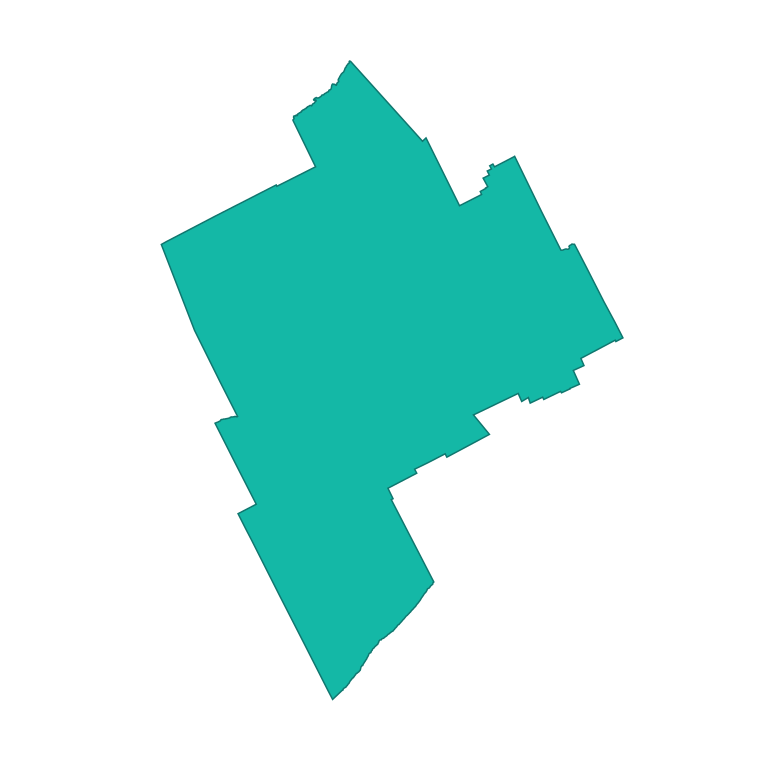 the district of Luján, Buenos Aires, Argentina, rotated 5°
{"feature_id": "61730980B60632601419482", "entity_name": "Luján", "entity_type": "district", "adm_level": 2, "iso_a3": "ARG", "parent_name": "Argentina", "parent_adm1": "Buenos Aires", "projection": "orthographic", "projection_center": [-59.164, -34.589], "detail": "fine", "context": "isolated", "style": "filled", "palette": "teal", "viewbox_px": 768, "rotation_deg": 5, "n_neighbors": 0, "source": "geoboundaries", "source_scale": "gbopen_adm2", "svg_char_len": 6075}
<svg xmlns="http://www.w3.org/2000/svg" viewBox="0 0 768 768"><g transform="rotate(5 384 384)"><path d="M608.8,302.5L596.0,283.0L575.9,250.8L561.6,228.2L561.3,228.3L559.0,228.2L558.7,228.6L558.4,228.9L557.1,229.7L556.7,230.0L556.3,230.7L556.3,231.0L556.5,231.3L556.9,231.8L556.9,232.4L556.6,233.0L556.2,233.3L555.9,233.6L555.5,233.7L554.9,233.8L554.0,233.6L553.1,233.7L551.1,234.6L550.5,235.0L550.1,235.1L548.6,235.3L525.9,198.5L494.3,145.8L493.8,146.2L475.2,158.0L473.3,155.4L470.3,157.4L472.3,160.4L468.3,162.8L470.7,166.7L464.8,170.3L470.2,178.4L468.1,179.9L468.3,180.3L463.1,183.8L464.7,186.7L443.7,199.8L404.4,135.2L401.2,138.8L322.8,65.7L322.5,65.5L321.9,65.3L321.5,65.3L321.3,65.6L321.2,66.0L321.4,66.3L321.5,66.8L321.5,67.1L321.3,67.4L320.9,67.6L320.6,67.7L320.3,68.1L320.0,68.8L319.5,69.5L319.0,70.2L318.7,70.9L318.6,71.5L318.4,71.9L317.9,72.4L317.6,73.4L317.4,73.9L317.3,75.0L316.9,75.6L316.7,76.5L316.5,76.8L315.8,77.4L315.2,78.0L315.0,78.4L314.7,78.6L314.3,79.2L313.9,80.2L313.6,80.7L313.2,81.5L312.9,82.4L312.1,84.1L311.9,84.6L311.9,85.3L312.0,85.6L312.4,86.1L312.5,86.4L312.5,86.8L312.0,87.1L311.7,87.6L311.0,88.3L310.8,89.2L310.8,89.7L310.7,90.1L310.5,90.5L310.2,90.6L309.4,90.1L309.2,89.9L308.8,89.7L308.4,89.8L308.0,90.0L307.7,89.8L307.4,89.7L307.1,89.6L306.7,89.6L306.4,89.9L306.2,90.2L306.1,90.6L305.9,91.5L305.8,92.0L305.8,93.3L305.7,93.7L305.5,94.7L305.3,95.1L304.8,95.6L304.0,95.8L303.7,96.0L303.5,96.3L303.4,96.8L303.4,97.3L303.2,97.6L303.0,97.8L302.6,98.0L302.2,98.0L301.5,98.6L301.0,99.0L300.4,99.5L299.9,99.7L299.4,100.1L299.1,100.5L298.9,101.0L298.1,101.3L297.2,101.5L296.9,101.7L296.7,101.9L296.6,102.2L296.5,102.6L296.3,102.9L295.8,103.3L295.3,103.6L294.7,104.2L294.4,104.4L294.1,104.6L292.8,104.9L292.5,104.9L291.5,104.5L290.8,105.1L290.3,105.3L289.6,106.0L289.5,106.3L289.3,106.6L289.1,107.0L289.4,107.4L290.0,107.4L290.8,107.0L291.1,107.1L291.4,107.1L291.7,107.7L291.6,108.1L291.2,108.5L290.8,108.8L290.5,109.3L290.4,109.7L290.3,109.9L289.9,110.4L289.1,110.8L288.8,111.1L288.5,111.4L288.2,111.9L287.8,113.1L287.5,113.2L287.0,112.9L286.6,112.9L285.9,113.0L285.0,113.7L284.8,114.0L284.5,114.1L283.8,114.4L283.5,114.7L283.5,115.0L283.1,115.2L282.8,115.4L282.5,116.1L282.2,116.3L281.7,116.4L281.4,116.7L280.5,117.7L280.1,117.7L279.7,117.7L279.2,118.4L278.9,118.6L278.5,118.8L278.3,119.1L278.3,119.5L278.1,119.7L277.7,119.8L277.6,120.5L276.4,121.1L276.2,121.2L275.9,121.4L275.7,121.7L275.5,121.9L274.6,122.5L274.4,122.8L274.4,123.7L274.2,124.0L273.6,123.6L273.0,123.8L272.8,124.6L272.6,124.7L272.1,124.5L271.8,124.6L271.5,124.8L271.0,124.9L270.7,125.1L270.8,125.5L270.6,126.0L270.8,126.5L271.1,126.6L271.3,127.0L271.2,127.5L271.0,127.8L270.9,128.2L270.6,128.4L270.3,128.8L270.3,129.1L270.4,129.4L296.9,173.6L260.0,196.4L259.3,195.1L201.2,231.5L155.0,261.0L150.0,264.4L190.6,347.1L220.6,396.3L241.0,429.1L240.5,429.5L239.7,429.5L239.1,429.4L238.4,429.2L238.2,429.4L237.6,429.8L236.7,429.8L235.9,430.1L234.8,430.1L234.5,430.3L233.8,430.5L233.7,430.9L232.9,431.4L232.2,431.6L231.9,431.7L231.6,431.8L230.8,432.1L229.8,432.3L229.2,432.5L228.9,432.7L228.7,432.8L227.7,432.8L227.3,432.9L226.8,433.2L226.4,433.3L225.3,433.5L224.7,433.8L224.3,434.6L224.1,434.9L223.5,435.4L222.4,436.0L222.1,436.3L221.4,436.6L220.9,436.8L220.2,437.2L219.9,437.3L219.5,437.6L219.1,437.8L243.1,476.4L267.2,514.9L249.9,525.9L258.9,540.4L265.9,551.4L298.5,604.0L327.8,650.7L355.2,694.7L360.3,702.7L368.8,693.1L369.9,692.3L369.8,691.7L370.0,691.4L370.2,691.1L370.9,690.3L371.1,690.2L371.5,689.9L372.4,689.4L372.6,689.1L372.7,688.7L372.9,688.4L373.3,688.0L373.7,687.5L374.2,686.6L374.5,686.0L375.2,685.3L375.9,683.4L376.3,682.7L376.7,682.1L377.1,681.6L377.6,680.9L378.0,680.0L378.3,679.7L378.8,679.5L379.1,679.1L379.5,678.5L380.4,676.9L381.2,675.8L381.3,675.3L381.7,674.8L382.6,674.3L383.0,673.7L383.3,673.5L383.6,673.3L384.0,672.9L384.3,672.5L384.5,672.1L385.2,671.3L385.3,670.9L385.4,670.4L385.5,669.7L385.6,668.8L385.7,667.9L386.3,667.2L386.5,666.6L386.7,666.3L387.1,666.3L387.4,666.2L387.6,665.2L388.0,664.4L388.1,664.1L388.4,663.6L388.7,663.2L388.8,662.6L389.2,662.2L389.8,660.9L390.0,660.5L390.3,660.1L390.5,659.7L390.7,659.4L391.0,658.3L391.2,657.8L391.7,656.9L392.2,655.5L392.3,654.8L392.6,654.0L393.1,653.4L394.0,653.0L394.4,652.6L394.5,652.0L394.5,651.6L394.7,651.2L395.4,650.3L395.5,649.9L395.6,649.4L395.8,649.1L396.1,648.6L396.9,647.9L397.2,647.6L397.5,647.0L397.7,646.6L398.6,645.7L399.6,644.6L400.3,644.0L400.5,643.7L400.7,642.8L400.9,642.4L401.1,642.2L401.2,641.7L401.2,641.3L401.4,640.7L401.9,639.8L402.2,639.5L402.5,639.3L403.2,639.1L403.6,639.1L403.8,638.7L404.0,638.3L404.3,637.9L404.6,637.7L405.6,637.4L406.0,637.1L406.7,636.3L406.9,636.1L408.6,634.7L409.3,633.8L409.7,633.2L410.2,632.8L410.7,632.5L411.0,632.3L412.0,631.2L412.9,630.4L413.3,630.1L413.7,629.7L414.2,629.5L414.7,629.1L414.8,628.7L415.6,627.7L416.0,627.2L416.3,626.4L416.6,626.2L417.0,625.8L417.5,625.1L417.9,624.6L418.1,624.1L419.0,622.8L419.4,622.4L419.8,622.3L420.1,622.0L420.5,621.3L421.3,620.3L421.6,619.9L422.4,618.9L423.1,617.7L424.1,616.6L425.0,615.3L426.2,613.4L426.4,613.2L427.4,612.3L427.7,611.9L428.4,611.0L429.2,610.1L429.4,609.6L430.3,608.8L430.6,608.2L431.1,607.4L432.8,605.4L433.7,604.0L434.6,603.1L435.0,602.5L435.5,601.4L435.8,600.9L436.2,600.3L436.9,599.4L437.2,599.0L438.5,596.8L438.8,596.4L439.1,595.8L439.3,595.4L439.5,594.9L439.9,594.0L440.4,593.2L440.8,592.5L441.5,591.3L442.1,590.1L442.4,589.5L443.3,588.4L443.7,588.0L444.0,587.4L444.7,586.0L444.8,585.6L444.9,585.1L445.1,584.5L445.4,584.1L446.5,583.5L446.8,583.3L447.1,582.9L447.5,582.3L447.6,581.9L448.2,581.0L448.6,580.6L448.8,580.3L449.3,579.9L449.8,579.5L450.0,579.2L450.1,578.1L450.2,577.6L450.5,577.4L450.9,576.9L401.3,498.5L403.0,497.5L397.0,487.5L424.4,470.0L421.9,466.2L434.1,458.9L451.0,448.2L453.0,451.4L493.4,425.0L475.8,407.0L518.5,381.7L522.7,389.4L529.0,384.9L531.3,390.3L543.2,383.3L544.5,385.5L560.5,376.0L561.6,377.3L569.8,372.6L569.6,372.2L578.7,367.2L571.4,354.0L581.6,348.2L577.9,341.3L610.5,320.2L611.3,321.5L618.0,317.2L608.8,302.5Z" fill="#14b8a6" stroke="#0f766e" stroke-width="1.5"/></g></svg>